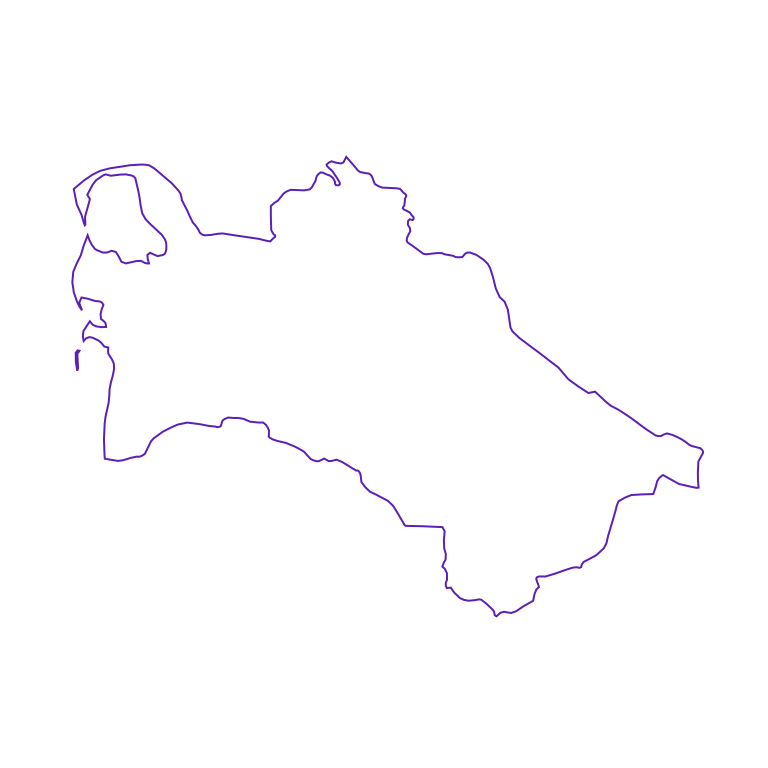 outline of Turkmenistan, rotated 4°
{"feature_id": "TKM", "entity_name": "Turkmenistan", "entity_type": "country or territory", "adm_level": 0, "iso_a3": "TKM", "parent_name": "Asia", "parent_adm1": "", "projection": "orthographic", "projection_center": [58.325, 38.975], "detail": "fine", "context": "isolated", "style": "outline", "palette": "violet", "viewbox_px": 768, "rotation_deg": 4, "n_neighbors": 0, "source": "natural_earth", "source_scale": "50m", "svg_char_len": 5294}
<svg xmlns="http://www.w3.org/2000/svg" viewBox="0 0 768 768"><g transform="rotate(4 384 384)"><path d="M214.2,245.2L226.0,246.2L236.6,247.0L249.7,248.0L253.6,248.8L258.3,249.5L260.6,249.7L262.7,247.1L264.1,245.7L265.2,244.6L265.0,243.3L263.3,242.2L260.8,238.5L259.5,225.5L258.7,214.4L261.9,211.0L265.4,208.5L270.6,201.0L273.4,198.7L277.4,196.8L290.9,196.4L296.5,195.0L298.4,192.6L301.4,186.4L302.4,181.4L304.0,179.1L306.0,177.4L308.1,177.4L312.0,178.9L315.0,179.7L317.2,180.9L319.1,182.6L321.0,185.7L321.3,187.8L322.2,189.0L323.7,189.0L324.8,189.0L325.6,188.5L326.1,187.5L325.7,186.1L323.1,182.2L317.4,175.0L313.7,172.1L311.9,170.5L311.4,169.0L313.8,166.8L316.2,165.5L320.2,166.5L325.7,167.0L328.1,165.8L330.5,160.1L336.7,166.2L343.2,172.9L345.5,174.2L350.2,174.9L354.0,175.1L355.6,175.8L357.3,177.5L360.8,185.0L364.3,186.9L368.5,188.2L382.2,187.9L386.4,188.2L389.9,191.7L392.1,193.1L393.1,194.3L392.8,195.9L392.0,197.8L392.0,201.6L391.8,204.5L390.8,206.0L390.5,207.3L391.4,208.4L397.8,211.1L400.1,214.0L401.7,215.3L402.1,217.2L401.1,218.4L398.1,217.9L396.6,219.9L396.7,223.4L398.9,226.6L399.6,229.6L398.3,232.6L396.7,236.7L396.7,239.6L397.7,241.2L402.7,244.1L414.2,251.4L416.9,251.7L427.6,249.7L432.6,249.4L435.6,250.4L444.0,251.3L446.7,252.4L449.5,252.4L453.3,251.9L455.8,248.4L457.1,247.6L458.3,247.0L460.7,246.9L467.3,248.8L474.5,253.0L479.2,257.0L481.6,260.7L484.9,268.7L488.9,281.0L493.4,289.3L498.6,293.5L502.4,301.3L506.2,318.8L508.3,322.3L510.3,324.1L516.2,328.9L528.3,336.7L535.5,341.3L546.6,348.7L556.8,355.4L567.3,366.1L569.4,367.6L578.4,373.1L588.5,378.7L595.1,376.9L606.0,385.8L610.4,389.0L612.2,390.1L619.9,393.4L632.3,400.4L648.1,410.5L658.4,416.3L661.2,416.8L663.9,416.6L666.6,414.9L669.6,413.6L675.0,414.6L680.9,416.7L684.7,418.4L689.2,420.9L692.7,423.3L695.4,424.4L704.1,426.0L705.7,427.3L706.8,428.8L707.1,430.4L703.0,439.5L703.3,450.6L704.0,458.9L705.1,465.4L702.8,465.8L697.0,465.0L685.4,463.2L675.3,458.5L668.7,455.4L667.7,456.0L665.0,458.7L663.3,461.9L662.2,467.9L660.3,475.0L648.5,476.2L638.5,477.5L632.2,480.6L626.1,484.7L624.7,489.1L623.7,494.8L620.9,507.8L618.2,519.7L617.0,527.3L614.7,532.6L607.8,539.9L599.8,545.0L595.6,547.5L593.8,550.3L593.5,552.8L592.0,553.7L588.5,553.4L584.9,554.1L577.1,557.2L568.7,560.9L558.5,564.8L552.6,565.1L550.3,565.9L549.4,567.6L550.5,570.6L551.7,572.9L552.7,575.8L550.4,578.3L548.9,582.5L547.9,589.9L544.4,592.2L538.6,596.0L532.3,601.0L530.6,602.0L526.9,603.5L523.2,603.3L519.7,602.8L516.1,604.1L512.4,607.9L510.6,606.9L509.6,603.3L507.6,601.0L501.4,596.0L496.1,592.4L493.9,592.2L489.2,593.4L483.4,594.3L478.6,593.7L474.8,592.3L468.7,587.3L466.5,584.6L464.9,582.5L460.9,583.2L459.7,580.9L459.5,578.1L460.5,574.8L460.0,568.5L457.6,564.1L455.0,562.2L455.3,560.8L456.3,557.6L457.7,554.8L457.5,549.4L455.5,543.6L454.6,535.1L454.8,526.8L452.3,522.7L432.7,523.2L415.2,524.0L414.2,523.0L407.2,512.7L401.6,504.9L396.1,500.3L383.6,494.8L377.6,492.5L372.5,488.2L368.3,483.4L367.1,476.8L366.3,474.7L365.1,472.9L363.8,472.1L362.2,472.3L347.8,464.8L342.1,462.8L336.7,464.5L334.3,464.8L329.6,462.6L324.2,465.6L321.9,465.7L318.7,465.0L316.0,463.9L308.8,457.0L302.8,454.1L298.5,452.3L290.2,449.6L281.3,448.2L276.8,447.0L273.5,445.4L272.7,444.4L272.7,441.9L272.5,438.5L271.4,436.1L269.2,433.1L266.2,430.9L260.8,431.2L252.8,430.9L246.6,428.6L241.7,428.1L235.9,428.4L231.0,428.3L227.6,429.9L225.5,431.7L224.1,437.4L222.9,438.2L220.9,438.6L218.2,438.2L212.6,438.1L202.8,436.9L190.5,436.2L181.2,438.8L173.8,442.7L166.6,447.1L158.1,454.2L155.6,457.4L150.3,470.4L148.0,472.2L145.2,473.6L142.3,473.7L136.5,475.4L128.9,478.3L123.8,479.3L110.7,478.0L110.1,473.8L108.5,458.5L108.1,443.1L108.5,436.1L110.6,422.0L110.8,414.8L110.6,408.3L111.4,402.0L112.8,394.9L113.7,387.7L113.1,382.6L110.9,378.4L106.9,373.1L106.4,370.1L106.4,366.8L102.4,366.2L99.0,362.5L96.1,360.5L89.9,358.1L86.7,357.8L83.7,359.2L81.4,362.1L80.2,357.2L80.5,352.1L86.2,341.9L89.2,345.2L93.0,346.6L97.9,347.0L102.8,346.5L102.0,342.8L99.9,340.7L97.2,338.9L96.4,334.2L97.1,329.3L98.6,324.7L97.2,322.7L95.0,321.5L89.8,321.3L83.0,319.7L76.2,318.8L74.3,324.2L77.6,331.6L74.6,327.8L71.9,323.0L68.2,314.3L66.0,304.3L66.2,293.7L69.1,285.1L72.5,277.0L74.9,266.5L78.0,256.3L80.1,261.1L82.7,265.4L86.3,269.5L88.3,270.5L94.5,272.5L98.6,272.1L103.1,270.1L107.3,271.0L110.6,275.5L113.5,280.4L118.2,281.7L128.2,278.7L133.0,278.1L137.0,279.9L139.0,280.3L141.2,280.1L139.5,275.8L139.0,271.6L141.5,269.5L149.2,272.2L154.2,270.8L155.5,270.0L156.6,269.0L157.4,265.4L157.3,261.7L156.8,258.3L155.5,255.2L152.1,250.8L138.9,240.1L134.4,235.9L130.9,230.5L128.8,223.0L127.2,215.3L125.7,209.5L121.6,196.1L119.8,194.4L117.6,193.6L112.0,192.9L106.3,193.5L96.9,195.3L91.6,194.3L89.1,195.6L82.6,200.8L79.5,205.4L74.8,216.0L77.6,219.7L77.4,222.0L74.1,238.0L75.0,245.9L74.5,246.5L73.5,244.6L70.5,236.4L65.0,226.3L60.9,211.1L70.5,201.9L78.6,195.5L85.1,191.7L87.1,190.8L95.8,187.9L107.0,185.4L115.2,183.5L125.8,182.1L129.3,181.9L134.4,182.2L138.4,184.2L140.9,185.7L149.4,192.0L158.2,198.5L165.6,205.5L167.7,208.3L168.8,211.6L169.6,214.8L175.9,225.2L178.4,230.0L182.0,236.2L185.1,239.2L188.0,243.0L189.9,246.1L192.2,247.6L194.8,248.2L200.8,247.4L208.0,245.7L212.3,245.1L214.2,245.2ZM77.7,389.4L77.1,392.2L75.1,383.7L74.3,374.3L76.1,371.8L77.9,372.1L76.0,375.3L77.7,389.4Z" fill="none" stroke="#5b21b6" stroke-width="2"/></g></svg>